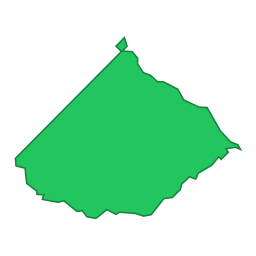 Telfair, Georgia, United States of America
{"feature_id": "52423323B57520474770079", "entity_name": "Telfair", "entity_type": "district", "adm_level": 2, "iso_a3": "USA", "parent_name": "United States of America", "parent_adm1": "Georgia", "projection": "robinson", "projection_center": [-82.902, 31.964], "detail": "fine", "context": "isolated", "style": "filled", "palette": "green", "viewbox_px": 256, "rotation_deg": 0, "n_neighbors": 0, "source": "geoboundaries", "source_scale": "gbopen_adm2", "svg_char_len": 763}
<svg xmlns="http://www.w3.org/2000/svg" viewBox="0 0 256 256"><path d="M26.7,183.4L36.8,191.2L37.0,194.4L43.9,194.8L42.3,199.4L58.2,202.3L63.9,200.8L76.8,211.4L82.4,210.8L86.8,216.7L95.8,218.4L99.8,215.4L106.8,209.6L116.1,214.4L119.6,212.2L135.3,213.5L143.6,216.1L151.2,214.7L163.9,198.6L172.4,197.5L180.3,189.5L181.8,184.0L189.5,176.8L195.8,179.1L198.3,173.2L211.7,165.3L218.8,156.8L221.2,159.4L228.3,152.2L226.1,148.6L235.6,147.3L240.6,149.5L237.8,144.7L230.9,142.1L220.7,131.4L207.1,107.5L199.2,107.2L183.8,100.0L177.9,89.3L163.5,81.8L157.5,81.8L150.5,75.3L143.3,72.6L137.7,64.2L137.6,58.1L132.2,51.7L122.3,51.0L127.1,46.2L124.4,37.6L116.0,46.2L121.4,51.5L15.4,158.4L16.0,165.9L25.0,168.2L26.7,183.4Z" fill="#22c55e" stroke="#15803d" stroke-width="1.5"/></svg>